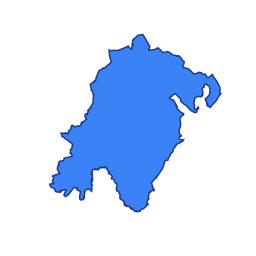 Maravatío, Michoacán, Mexico (Robinson projection), rotated 127°
{"feature_id": "50627088B79499737660914", "entity_name": "Maravatío", "entity_type": "district", "adm_level": 2, "iso_a3": "MEX", "parent_name": "Mexico", "parent_adm1": "Michoacán", "projection": "robinson", "projection_center": [-100.367, 19.89], "detail": "fine", "context": "isolated", "style": "filled", "palette": "blue", "viewbox_px": 256, "rotation_deg": 127, "n_neighbors": 0, "source": "geoboundaries", "source_scale": "gbopen_adm2", "svg_char_len": 5816}
<svg xmlns="http://www.w3.org/2000/svg" viewBox="0 0 256 256"><g transform="rotate(127 128 128)"><path d="M113.8,79.0L111.4,79.3L109.5,78.0L105.4,76.3L104.6,76.9L104.0,76.8L105.7,78.9L105.9,80.6L105.5,81.1L103.9,81.3L102.4,80.6L102.0,80.7L101.8,81.4L102.1,83.1L100.5,84.8L97.5,86.5L96.0,86.8L95.8,87.4L94.5,87.4L93.4,88.0L89.2,92.3L85.9,92.3L84.3,91.6L83.5,91.8L83.0,92.7L83.7,93.6L83.7,94.7L83.0,100.6L81.2,101.5L81.1,103.6L80.4,103.6L78.5,108.2L78.4,109.2L78.6,109.5L78.9,109.4L79.2,110.5L79.3,112.9L76.8,112.5L76.4,112.0L75.0,112.2L72.0,110.7L72.9,105.8L72.6,103.7L73.9,103.1L74.7,102.2L75.0,101.3L75.2,97.5L75.0,95.6L76.2,88.2L75.5,83.8L73.9,82.6L72.1,83.7L70.3,83.8L70.1,83.3L69.9,83.4L69.0,84.5L72.4,85.0L73.0,85.6L72.9,86.4L69.6,88.8L68.6,90.6L67.0,90.9L66.3,91.6L65.5,91.7L65.3,92.3L63.0,92.4L61.3,91.5L61.0,91.7L59.3,88.6L58.7,88.5L58.3,88.0L57.7,88.3L57.3,88.1L57.2,88.5L56.7,88.3L56.0,89.0L55.7,88.8L53.8,90.2L53.1,91.8L52.1,92.5L51.4,92.6L50.0,91.8L49.7,92.4L48.7,92.2L47.6,93.0L45.9,92.2L46.0,89.8L45.6,89.2L46.1,87.8L48.4,85.3L51.6,83.3L54.0,83.0L55.9,83.2L58.0,83.8L58.4,83.6L59.7,82.0L60.0,80.6L61.7,79.2L61.2,79.0L61.6,78.8L61.5,78.3L62.5,77.9L62.0,74.6L59.6,74.7L53.4,73.9L50.6,74.4L44.8,74.6L45.4,75.6L43.4,76.4L43.1,77.3L41.9,77.6L40.3,79.1L37.4,85.0L35.4,91.4L34.7,92.5L33.8,92.7L39.1,94.0L39.6,94.6L39.8,95.6L38.5,98.6L39.9,100.6L40.1,102.0L39.7,102.5L40.6,104.5L41.1,105.0L41.8,104.8L42.1,105.6L44.5,106.8L44.6,107.7L45.2,108.6L44.6,112.4L44.5,115.8L46.5,120.1L45.8,120.1L45.3,121.9L43.7,122.2L43.3,121.9L41.3,123.0L41.2,125.1L39.9,128.7L39.9,131.0L40.3,131.7L41.2,131.9L41.0,132.3L41.6,134.1L42.7,135.8L42.6,139.6L43.2,142.5L45.5,144.1L45.8,145.0L47.0,145.7L46.1,148.9L46.3,150.9L45.9,151.2L45.9,152.1L46.7,152.9L49.5,154.0L53.4,158.4L49.8,159.6L44.4,172.5L47.8,175.7L54.4,177.2L57.5,175.8L58.1,174.5L58.7,174.9L58.8,174.0L59.9,174.2L60.3,173.4L60.9,173.6L62.7,172.5L63.0,175.4L62.4,176.6L63.2,177.1L62.9,177.3L67.9,180.0L72.5,183.1L75.2,187.0L76.5,187.8L77.1,190.1L81.2,186.4L85.5,181.0L94.6,182.9L94.7,183.8L97.4,184.4L99.4,185.7L106.3,183.9L108.5,183.1L108.6,182.6L109.4,182.4L109.3,182.8L110.5,182.8L110.5,183.2L111.2,183.1L111.2,182.8L112.3,182.8L112.3,183.4L116.0,184.4L118.8,180.8L119.8,180.4L120.4,177.7L121.7,176.5L121.8,175.7L122.5,175.7L122.9,174.7L123.2,174.9L129.2,171.0L133.8,170.5L134.2,169.7L135.5,170.4L136.0,170.2L138.0,170.7L137.9,170.0L140.2,169.4L140.2,169.2L141.5,169.6L141.4,168.9L141.8,168.7L141.8,169.6L142.7,170.5L144.7,169.3L145.4,167.4L145.2,167.2L145.7,166.4L146.3,166.8L150.4,167.3L150.6,168.2L150.9,168.3L152.0,168.4L152.1,167.9L152.6,167.8L155.8,167.6L156.8,169.6L159.3,171.5L159.5,172.3L159.1,173.7L159.6,174.3L161.3,174.2L162.9,172.9L166.4,173.7L167.8,172.3L168.5,172.2L169.0,173.7L169.3,173.6L169.4,174.8L170.0,174.7L170.1,175.2L170.4,175.2L170.4,175.6L172.5,178.4L172.8,177.1L174.3,176.0L174.5,175.2L174.0,173.0L174.4,171.8L174.3,170.1L173.9,169.3L174.3,166.1L174.0,163.9L174.9,161.7L175.7,162.0L177.6,160.7L180.3,160.9L180.6,160.2L182.1,159.5L182.2,158.6L183.0,158.7L182.8,157.6L183.7,155.9L184.4,155.7L190.7,160.8L191.5,160.2L193.1,160.1L196.0,162.8L198.7,161.9L199.0,161.4L198.7,160.9L201.2,161.0L203.5,159.6L204.9,156.7L205.0,155.1L206.5,155.5L206.5,155.9L208.2,156.7L208.5,157.5L210.9,158.6L211.1,159.3L212.1,159.2L212.1,157.9L212.8,157.1L215.3,156.8L216.2,155.8L216.6,154.2L217.1,154.2L217.5,153.1L217.4,154.0L218.3,155.6L219.1,155.9L220.1,156.7L220.9,155.3L221.7,153.3L221.1,152.6L220.9,149.5L222.2,148.0L222.1,146.8L221.3,146.1L221.4,145.3L220.6,144.0L218.4,144.3L219.1,143.2L218.3,143.3L217.0,142.6L214.9,141.0L214.6,140.1L215.9,140.0L217.5,139.3L218.1,139.5L219.0,138.9L220.1,138.9L220.4,136.7L217.6,135.6L216.3,135.4L207.6,135.4L207.3,133.7L207.4,132.8L207.0,132.9L207.0,132.4L206.5,132.2L206.4,132.0L207.5,132.2L208.0,131.3L208.0,130.7L207.5,130.0L207.8,129.3L207.1,128.4L207.6,127.5L212.1,125.3L213.8,123.7L214.0,122.6L213.1,122.3L213.0,121.3L211.8,120.7L210.7,121.2L210.5,120.9L209.7,121.8L209.4,121.4L209.1,121.9L205.1,123.8L205.1,124.4L203.0,124.6L201.0,123.2L200.8,123.4L200.0,122.0L200.0,121.0L199.5,121.0L200.4,120.6L200.5,119.0L197.2,121.0L196.8,121.9L195.5,122.5L195.0,122.2L194.6,124.1L193.5,123.9L192.7,124.5L192.8,124.8L191.8,124.7L192.1,125.8L190.0,125.4L190.2,126.3L186.8,128.0L186.6,129.1L187.0,129.6L186.3,129.7L186.2,129.1L185.6,129.3L185.6,130.1L184.3,130.3L184.1,131.0L183.0,131.2L180.5,129.6L180.3,129.0L180.9,129.1L180.6,128.4L180.0,128.0L179.6,128.3L179.1,127.7L179.8,127.7L179.1,126.3L176.1,126.7L175.8,125.0L174.5,124.7L174.3,123.1L173.9,122.7L173.3,123.1L172.3,121.8L172.8,121.5L172.8,120.3L173.7,120.2L173.6,119.3L174.5,117.9L174.3,116.4L174.9,116.6L176.0,116.2L175.5,115.6L175.8,114.7L175.6,113.5L176.0,111.9L176.7,111.3L178.6,110.8L177.6,109.1L177.8,107.6L179.1,106.2L179.3,104.9L179.7,104.5L179.4,102.8L180.9,101.9L182.5,101.5L184.6,99.7L184.9,99.1L184.5,97.9L184.6,96.9L185.7,95.4L185.8,94.2L188.1,92.9L189.5,91.3L189.1,90.0L189.0,88.3L189.4,87.4L189.1,87.0L190.4,85.0L191.0,85.4L191.9,83.6L190.8,83.2L191.4,82.5L191.4,82.1L191.0,82.3L190.3,80.8L190.1,79.9L190.4,78.6L189.8,78.0L190.0,77.2L190.8,77.1L190.8,76.3L190.1,76.0L189.8,75.5L190.2,74.7L190.1,73.6L190.6,72.8L189.8,71.8L189.8,71.1L189.0,71.1L189.1,70.0L188.4,69.6L187.4,68.4L187.3,68.7L185.8,68.6L184.0,67.9L183.5,67.2L179.8,66.5L178.4,66.4L178.2,66.8L177.6,66.2L176.8,65.9L176.6,67.6L175.8,68.1L174.1,69.0L173.0,69.1L172.9,68.7L171.4,69.0L171.2,69.8L170.6,70.4L166.5,72.2L165.5,71.8L165.5,71.3L164.0,71.7L162.9,70.8L162.8,69.7L162.0,69.6L161.3,70.3L161.2,71.2L159.7,73.8L158.4,75.1L157.5,76.6L157.0,76.2L151.0,76.0L151.0,75.5L140.1,76.0L138.1,76.4L131.8,78.7L129.6,76.8L127.7,77.7L124.8,77.8L122.7,78.6L121.3,77.9L119.8,78.0L117.7,79.1L116.6,79.3L115.7,79.2L115.6,78.9L114.2,79.5L113.8,79.0Z" fill="#3b82f6" stroke="#1e3a8a" stroke-width="1.5"/></g></svg>